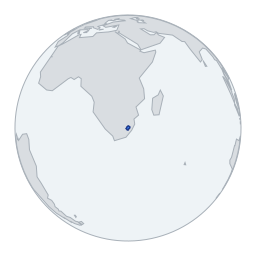 Lesotho highlighted on a globe, orthographic projection, rotated 348°
{"feature_id": "LSO", "entity_name": "Lesotho", "entity_type": "country or territory", "adm_level": 0, "iso_a3": "LSO", "parent_name": "Africa", "parent_adm1": "", "projection": "orthographic", "projection_center": [28.2, -29.612], "detail": "coarse", "context": "on_globe", "style": "filled", "palette": "blue", "viewbox_px": 256, "rotation_deg": 348, "n_neighbors": 0, "source": "natural_earth", "source_scale": "50m", "svg_char_len": 4913}
<svg xmlns="http://www.w3.org/2000/svg" viewBox="0 0 256 256"><g transform="rotate(348 128 128)"><circle cx="128" cy="128" r="113" fill="#eef3f6" stroke="#a8b0b8"/><path d="M16.4,113.0L16.3,113.3L17.5,110.7L17.8,113.6L17.5,116.9L18.3,115.7L18.4,117.4L23.6,112.2L27.7,112.5L28.6,118.6L27.1,128.8L30.4,146.2L28.9,156.9L31.7,164.1L36.0,176.9L34.7,179.9L38.3,182.9L40.2,187.3L40.3,189.8L43.0,193.0L43.2,194.8L45.1,195.4L49.5,201.6L53.0,203.6L57.3,208.3L59.6,209.3L59.7,210.0L60.9,211.4L62.4,212.3L60.9,213.2L55.8,210.3L52.9,207.7L52.9,208.4L46.3,201.8L47.9,203.9L40.1,196.2L34.3,188.4L23.1,168.7L22.0,166.1L19.3,157.6L17.3,148.8L16.0,139.9L15.4,131.0L15.5,122.0L16.4,113.0ZM64.8,212.3L61.7,213.5L62.8,212.6L60.1,209.9L63.0,209.7L64.8,212.3ZM58.4,204.7L57.4,202.2L58.1,202.2L59.0,203.9L58.4,204.7ZM118.8,15.7L114.6,16.4L111.2,16.9L110.5,16.7L118.8,15.7ZM231.5,83.6L236.3,96.9L237.0,99.7L236.5,100.9L236.1,98.7L232.1,88.5L233.1,94.4L236.2,104.0L237.3,112.4L235.7,107.2L234.4,99.8L233.0,96.0L232.1,90.4L228.6,80.4L226.9,79.2L225.8,76.0L220.7,67.0L217.6,65.3L213.5,68.3L214.9,76.4L212.6,78.5L205.0,63.4L201.4,55.3L198.8,54.6L190.9,46.4L177.5,41.7L175.5,39.7L173.0,39.8L167.4,37.0L164.4,34.2L161.0,33.7L169.2,41.5L172.8,42.2L175.6,40.5L177.2,43.3L182.6,47.0L177.0,51.7L157.0,54.2L154.9,48.1L139.1,33.1L139.6,31.8L139.5,31.7L139.3,31.4L137.9,33.5L135.2,31.1L143.7,40.3L145.2,44.7L156.7,54.5L155.6,55.3L159.3,57.7L170.9,57.5L171.0,59.5L165.6,68.5L149.4,81.5L151.5,92.9L150.3,102.8L140.2,109.1L141.0,117.6L135.7,120.5L135.4,125.6L131.1,131.0L124.1,136.6L112.1,137.6L111.4,132.7L105.5,124.3L97.2,105.0L100.3,95.7L99.2,89.4L90.6,77.4L92.5,70.0L90.2,67.6L85.4,69.4L82.7,66.7L79.8,67.4L61.7,75.8L56.3,73.9L49.9,65.6L53.2,59.7L53.9,55.1L76.7,33.4L81.4,32.3L99.3,26.7L101.5,26.7L99.3,29.5L112.6,31.2L117.0,28.4L129.2,30.0L137.4,30.1L140.5,25.3L127.1,24.9L124.9,22.8L135.7,21.3L147.5,22.5L147.0,21.8L139.7,19.7L142.5,19.0L137.2,19.0L139.2,19.7L136.0,19.9L133.9,19.3L134.9,19.0L131.4,18.7L127.2,20.8L128.9,21.7L119.7,22.4L121.5,24.2L119.0,25.3L114.9,22.7L115.3,21.8L107.6,20.4L106.2,21.4L113.5,22.9L111.2,22.9L109.4,24.8L108.9,23.4L101.4,22.0L93.1,24.3L82.4,31.0L77.6,33.0L73.6,33.7L77.8,28.9L88.0,25.1L89.6,23.9L87.7,23.6L91.0,22.6L91.5,22.1L95.4,21.0L101.0,19.0L105.0,18.2L107.4,17.3L109.8,16.9L107.7,17.4L108.4,17.5L118.3,16.3L120.2,16.1L121.0,15.7L123.6,15.6L123.1,15.5L128.9,15.4L125.8,15.4L134.1,15.5L142.5,16.3L150.7,17.7L158.8,19.6L166.7,22.2L174.4,25.4L181.9,29.1L189.1,33.4L195.9,38.1L202.4,43.4L208.4,49.2L214.1,55.3L219.2,61.9L223.8,68.8L228.0,76.1L231.5,83.6ZM68.8,41.8L68.1,43.1L68.8,41.8ZM160.0,27.1L166.9,28.9L163.6,25.7L166.0,26.2L164.0,25.1L163.3,25.5L158.4,22.7L161.3,22.9L160.4,22.0L158.0,21.4L153.4,21.6L160.5,25.4L159.0,26.0L160.0,27.1ZM90.5,21.8L91.6,21.4L90.0,22.0L85.0,24.0L87.2,23.0L89.4,22.2L90.5,21.8ZM95.9,20.0L95.2,20.2L97.6,19.9L96.3,20.5L87.7,23.2L91.2,21.9L89.8,22.2L93.7,20.8L94.1,20.6L95.9,20.0ZM104.1,25.4L105.8,25.2L108.6,24.7L107.5,26.1L104.1,25.4ZM98.8,24.3L100.4,23.9L100.3,25.2L98.5,25.5L98.8,24.3ZM101.4,22.7L100.5,23.8L100.0,23.4L101.4,22.7ZM109.2,17.1L110.9,16.9L111.0,16.9L110.0,17.2L109.2,17.1ZM138.2,26.0L135.7,26.8L134.5,26.3L135.6,26.1L138.2,26.0ZM120.8,25.8L124.7,26.3L120.5,26.2L120.8,25.8ZM176.6,173.6L176.8,176.0L175.3,175.5L176.6,173.6ZM169.2,104.0L161.1,121.5L155.9,120.8L155.1,115.0L158.3,104.0L164.4,101.9L167.5,97.6L169.2,104.0ZM239.1,145.0L238.8,147.4L238.7,147.8L239.1,145.0ZM239.4,141.3L239.3,143.7L239.2,142.0L239.4,141.3ZM239.1,146.4L239.0,147.1L239.3,144.7L239.2,146.1L239.1,146.3L239.1,146.4ZM239.3,139.9L237.9,131.7L237.0,127.4L237.5,126.4L239.0,131.9L239.3,139.9ZM237.4,126.1L235.7,116.7L231.3,97.1L232.9,99.4L237.1,114.0L236.9,115.0L238.0,121.6L237.4,126.1ZM240.6,127.8L240.6,129.0L240.3,132.9L239.8,128.0L239.4,125.3L239.2,118.3L239.3,116.3L239.7,118.0L240.0,116.1L240.6,127.8ZM215.4,77.5L217.9,84.0L216.5,83.8L215.4,77.5ZM201.2,213.6L199.3,215.2L200.2,214.3L204.4,210.7L202.2,212.7L201.2,213.6ZM207.3,208.0L210.0,205.1L215.3,199.0L215.2,199.1L217.1,196.9L216.0,198.0L219.2,193.8L221.5,189.9L220.2,184.1L221.0,180.5L223.2,178.2L228.8,166.9L228.7,167.9L231.8,161.4L233.9,163.4L236.3,159.1L235.9,160.2L233.4,167.8L230.2,175.3L226.6,182.4L222.5,189.3L217.9,195.9L212.8,202.1L207.3,208.0ZM238.4,150.5L238.4,150.4L238.4,150.5ZM240.2,137.7L240.0,139.6L240.1,138.3L240.5,133.3L240.6,131.8L240.2,137.7Z" fill="#d9dde1" stroke="#a8b0b8" stroke-width="1"/><path d="M128.9,129.0L128.7,129.0L128.3,129.1L128.2,129.2L127.9,129.6L127.9,129.8L127.8,130.0L127.7,130.0L127.2,129.9L126.9,129.6L126.6,129.4L126.6,129.1L126.4,128.8L126.2,128.5L126.0,128.1L126.5,127.8L126.6,127.7L126.7,127.4L126.8,127.3L127.2,126.7L127.6,126.5L127.8,126.4L128.1,126.2L128.5,126.0L128.8,126.0L129.1,126.3L129.3,126.6L129.7,126.9L129.9,127.0L130.0,127.3L130.0,127.7L129.9,127.9L129.8,128.0L129.7,128.1L129.5,128.6L129.2,128.8L128.9,129.0Z" fill="#3b82f6" stroke="#1e3a8a" stroke-width="1.5"/></g></svg>